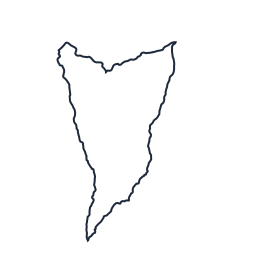 Enciso, Santander, Colombia, rotated 345°
{"feature_id": "7082276B96027613653317", "entity_name": "Enciso", "entity_type": "district", "adm_level": 2, "iso_a3": "COL", "parent_name": "Colombia", "parent_adm1": "Santander", "projection": "albers", "projection_center": [-72.688, 6.65], "detail": "fine", "context": "isolated", "style": "outline", "palette": "slate", "viewbox_px": 256, "rotation_deg": 345, "n_neighbors": 0, "source": "geoboundaries", "source_scale": "gbopen_adm2", "svg_char_len": 5697}
<svg xmlns="http://www.w3.org/2000/svg" viewBox="0 0 256 256"><g transform="rotate(345 128 128)"><path d="M88.0,205.2L89.7,204.3L90.3,203.8L90.5,203.4L90.7,202.6L91.3,201.9L91.8,201.3L92.5,200.6L93.6,199.6L94.7,198.7L96.6,197.7L97.1,197.6L98.2,197.6L98.8,197.9L100.2,198.8L100.9,199.0L101.2,198.9L101.5,198.2L101.9,197.8L102.9,197.3L103.3,197.2L103.7,197.2L105.8,197.9L106.1,197.9L106.8,197.6L107.3,197.5L109.0,197.9L109.9,198.3L110.1,198.2L110.3,197.8L110.5,196.5L110.8,195.9L111.7,194.4L112.7,193.7L113.7,192.4L114.1,192.1L115.2,191.8L115.7,191.5L116.1,190.9L116.4,190.1L116.4,189.3L116.5,188.8L117.4,187.3L118.0,186.5L119.5,185.5L120.1,185.0L120.9,184.6L121.6,184.0L122.2,184.0L123.1,184.3L123.6,184.3L124.0,184.1L124.4,183.5L125.0,182.3L125.9,180.9L126.5,180.2L127.1,179.9L128.4,179.4L129.1,178.8L131.1,178.4L131.3,178.2L131.4,177.9L131.6,177.6L131.9,177.5L133.1,177.6L133.4,177.4L133.8,176.5L134.2,176.1L135.2,175.6L135.5,175.3L135.9,174.7L135.6,173.5L135.6,173.1L135.9,172.3L136.2,171.6L136.7,170.9L137.4,170.1L138.4,168.7L138.9,167.4L139.2,167.0L139.7,166.7L140.7,165.8L141.4,165.2L142.0,164.6L142.5,163.7L142.6,162.8L143.3,160.0L142.9,158.9L142.6,158.3L143.0,152.7L142.6,151.1L142.7,150.5L145.2,146.2L145.9,144.3L146.3,143.5L146.9,142.7L147.4,142.5L147.9,141.9L148.2,141.2L148.4,140.4L148.4,139.7L147.8,137.8L147.8,137.2L147.8,136.3L148.0,135.9L149.1,134.4L149.3,133.8L149.5,132.2L149.7,131.7L150.4,130.9L152.7,129.7L153.1,129.4L154.7,127.7L155.4,127.2L155.9,126.9L157.4,126.4L158.8,125.6L161.6,123.0L162.0,122.3L162.8,119.6L163.8,118.2L165.2,115.7L166.3,114.0L166.8,113.6L167.9,113.2L168.8,112.6L169.7,111.2L170.4,110.0L170.7,108.2L171.0,107.5L171.4,106.9L171.9,106.4L172.9,105.5L173.1,105.1L173.6,103.0L173.9,102.3L174.6,101.3L175.0,100.4L176.5,98.2L176.9,97.0L177.5,95.8L180.2,92.8L180.4,92.5L180.5,92.0L181.0,91.0L181.3,90.3L181.9,89.5L182.5,89.0L183.3,88.7L184.3,88.2L185.4,87.3L186.4,86.1L187.5,83.9L188.0,82.1L188.3,81.3L188.4,80.3L189.0,79.0L189.5,77.0L189.7,74.9L189.9,72.8L189.6,71.4L189.7,70.0L189.9,68.8L190.2,66.0L191.5,61.1L191.9,60.4L192.6,59.6L193.0,59.2L195.0,58.6L195.4,58.4L195.9,58.0L196.1,57.6L196.2,57.4L194.8,57.1L193.6,57.0L192.0,57.1L191.2,57.3L190.7,57.4L189.5,58.0L187.9,58.6L185.7,58.9L183.7,59.6L182.9,60.2L182.3,61.1L181.2,61.4L179.6,61.5L177.0,61.2L172.6,61.3L171.7,61.1L170.9,61.3L170.1,61.0L169.6,61.1L168.5,61.0L166.1,60.5L164.8,60.4L164.3,60.2L163.6,59.6L162.7,59.2L162.2,59.1L161.5,59.1L160.3,59.4L159.9,59.7L159.6,60.1L159.4,60.7L159.1,60.9L157.7,61.6L156.2,61.7L155.9,61.8L154.2,63.0L153.5,63.2L152.8,63.4L150.9,63.5L148.7,62.6L147.9,62.5L146.9,62.7L146.0,63.1L144.3,63.2L144.0,63.2L143.0,63.0L142.2,63.0L141.1,63.3L138.8,64.1L137.9,64.7L137.3,65.0L135.7,64.7L135.3,64.3L135.2,63.7L134.7,63.4L133.0,63.2L132.1,63.3L131.4,63.4L130.4,63.8L129.7,64.4L127.4,67.3L126.7,67.8L126.0,68.0L125.3,68.0L123.9,67.5L122.9,67.3L122.5,67.4L121.9,68.0L121.2,68.3L121.3,67.8L121.3,66.6L120.2,64.0L119.5,62.9L119.1,61.9L119.2,61.1L120.0,60.0L120.1,59.6L119.9,59.0L119.4,58.1L118.6,57.6L116.0,56.8L114.7,56.5L113.6,55.9L113.2,55.6L112.1,54.3L110.4,50.8L109.6,49.8L109.0,49.3L108.4,49.0L106.8,49.0L105.8,48.5L103.4,47.6L102.4,47.0L101.0,45.8L100.3,45.6L98.5,45.2L97.4,44.7L96.8,43.9L96.5,43.2L96.4,42.2L96.9,41.4L97.6,40.5L98.3,39.2L98.5,38.4L98.4,37.9L97.8,36.8L97.5,36.5L96.4,35.4L94.9,34.0L94.1,33.2L92.7,31.1L91.9,30.2L91.0,29.7L90.5,29.7L90.0,29.7L86.1,32.4L82.6,34.3L82.0,34.6L81.5,34.7L81.3,34.9L81.1,35.2L81.3,35.9L81.3,36.8L81.0,37.4L80.3,38.1L80.2,38.4L80.2,39.2L80.8,40.0L80.9,40.4L80.8,41.3L80.7,41.5L79.6,42.0L79.2,42.3L78.6,42.5L78.1,42.9L77.8,43.3L77.5,44.2L77.6,46.6L78.2,48.3L78.3,49.4L78.5,49.7L78.7,49.9L80.3,50.7L80.5,50.9L80.7,51.3L80.7,52.0L81.3,54.8L81.2,55.9L81.0,56.8L80.6,57.8L80.0,58.7L79.5,59.9L78.9,60.8L78.7,61.4L78.7,61.9L78.9,62.5L80.0,64.0L81.1,66.1L82.3,69.9L82.5,70.9L82.4,71.7L82.1,72.5L81.8,74.1L80.9,80.8L80.4,81.7L79.9,82.0L79.8,82.4L79.4,84.9L79.1,86.0L79.1,88.2L79.8,90.6L80.2,91.6L80.6,94.6L80.9,95.3L81.1,96.5L81.1,97.4L81.0,98.9L80.3,101.6L80.0,102.1L79.3,103.3L78.4,104.3L78.1,104.8L77.8,106.0L77.6,107.6L77.6,108.5L78.0,109.8L78.5,110.8L78.7,111.8L78.5,113.9L78.2,115.3L78.8,116.7L78.9,117.3L78.9,117.7L78.5,118.9L78.5,121.0L78.4,122.3L78.5,124.0L78.2,126.4L78.3,127.9L78.5,128.7L78.7,129.0L80.1,130.0L80.4,130.7L80.5,131.1L80.5,131.7L80.2,132.2L80.2,133.6L80.0,134.7L79.8,135.1L79.7,136.3L80.0,138.4L80.3,139.6L80.4,141.0L80.3,142.5L80.7,144.5L80.2,145.4L80.1,145.9L80.0,147.3L79.7,147.9L79.7,148.3L80.6,149.4L80.5,151.2L80.8,152.6L81.3,154.1L81.7,155.6L82.4,157.2L82.5,158.0L82.8,158.3L83.4,158.4L83.8,158.9L83.9,160.0L83.6,161.9L83.7,163.7L83.6,166.3L83.4,167.0L82.8,168.1L82.6,168.8L82.5,169.6L82.1,170.3L81.9,171.0L81.4,172.4L80.8,173.5L80.6,174.2L80.6,175.1L80.8,176.9L80.8,177.9L80.8,179.0L80.6,179.6L79.9,180.3L78.3,181.2L78.1,181.5L77.6,182.8L77.0,183.9L76.7,184.3L75.7,185.0L75.4,185.8L75.3,186.1L75.6,187.0L76.2,187.9L76.3,188.4L76.1,189.0L75.0,190.6L73.0,192.4L72.7,193.3L72.3,193.7L71.2,194.4L70.8,194.9L69.6,197.6L69.3,198.6L69.0,199.4L68.6,201.2L68.4,201.6L67.8,202.4L66.1,203.4L65.8,203.8L65.3,205.4L64.5,206.8L64.1,208.2L63.2,209.7L62.9,210.4L62.8,211.5L62.3,213.5L61.5,215.4L61.3,216.8L61.3,218.5L60.8,219.6L60.7,220.2L60.5,220.8L59.9,222.2L60.0,222.6L59.8,224.5L59.9,224.9L60.1,225.6L60.1,226.3L60.5,226.1L61.5,224.4L62.3,223.6L62.6,223.4L64.7,222.8L65.1,222.5L65.4,222.1L66.0,221.6L67.0,221.1L67.8,220.8L68.8,220.7L69.0,220.6L69.6,219.7L69.4,217.7L69.6,217.4L69.8,217.3L70.4,217.3L70.7,217.0L70.8,216.8L70.9,215.8L71.2,215.3L73.6,213.6L77.7,211.4L78.7,210.6L80.9,208.6L81.4,207.9L81.7,207.2L82.3,207.0L84.7,206.9L85.4,206.7L86.7,205.8L88.0,205.2Z" fill="none" stroke="#1e293b" stroke-width="2"/></g></svg>